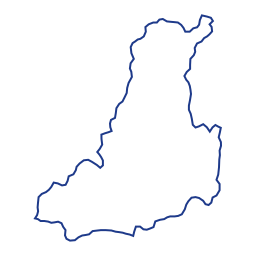 Dom Silvério, Minas Gerais, Brazil
{"feature_id": "56859067B43340770638367", "entity_name": "Dom Silvério", "entity_type": "district", "adm_level": 2, "iso_a3": "BRA", "parent_name": "Brazil", "parent_adm1": "Minas Gerais", "projection": "equal_earth", "projection_center": [-42.948, -20.12], "detail": "fine", "context": "isolated", "style": "outline", "palette": "blue", "viewbox_px": 256, "rotation_deg": 0, "n_neighbors": 0, "source": "geoboundaries", "source_scale": "gbopen_adm2", "svg_char_len": 2287}
<svg xmlns="http://www.w3.org/2000/svg" viewBox="0 0 256 256"><path d="M35.0,218.4L37.9,219.1L40.6,221.0L44.3,221.0L48.2,221.6L51.3,222.8L54.3,222.4L58.1,221.7L61.5,223.2L63.2,226.9L65.5,230.1L65.0,235.4L66.5,238.8L70.0,240.6L74.9,240.2L78.5,237.3L82.2,235.5L85.6,235.0L89.1,234.3L92.6,231.1L96.7,230.6L101.1,230.1L105.3,230.1L111.4,230.5L115.7,231.7L119.0,232.1L122.7,232.7L125.8,233.7L129.6,234.5L133.2,235.9L134.2,231.7L135.9,226.6L140.1,226.6L143.4,229.3L146.8,229.7L149.6,228.7L153.5,227.1L155.3,221.4L160.0,219.8L164.2,219.1L167.2,217.3L170.2,216.4L174.7,216.4L178.2,215.9L181.8,214.3L184.8,209.3L186.3,204.6L188.3,201.3L191.5,197.7L195.5,197.1L199.1,198.0L203.2,200.8L205.5,204.2L208.6,205.0L211.3,202.6L212.6,197.5L216.5,195.5L219.6,190.2L219.6,184.0L216.5,179.8L218.2,174.7L219.0,167.4L219.3,159.4L219.9,155.1L219.6,150.6L221.0,145.8L220.9,142.1L218.7,137.3L219.9,132.3L220.8,127.8L218.2,126.6L215.4,125.0L212.5,127.4L209.8,131.6L206.8,127.2L203.2,124.2L198.9,126.4L195.5,127.5L192.8,124.8L191.8,118.7L190.7,113.8L188.9,109.8L188.9,105.6L190.0,100.1L191.0,94.0L190.5,90.0L189.8,86.0L188.4,82.3L186.2,79.7L184.4,76.0L186.8,71.9L190.1,68.9L190.1,64.8L190.4,58.9L193.8,55.2L195.2,51.8L194.7,48.0L197.0,43.5L201.5,41.5L204.1,38.1L207.1,36.4L209.4,34.4L212.1,31.4L211.6,26.9L209.6,24.3L212.9,21.0L210.9,17.8L207.1,16.6L201.9,15.4L199.9,20.0L199.1,24.7L197.1,27.3L193.3,28.3L189.7,31.7L185.3,31.7L183.5,27.9L181.2,24.9L177.9,22.5L174.1,22.1L170.7,21.8L166.9,21.4L162.8,19.0L159.4,19.6L156.9,22.5L153.3,22.5L148.7,24.3L145.4,27.1L145.8,31.7L143.8,36.4L140.4,38.8L137.7,39.5L135.1,41.5L132.6,43.1L130.7,47.1L131.4,53.2L133.8,58.9L130.6,63.3L129.9,68.5L131.3,71.8L131.9,76.9L128.6,82.9L127.2,87.9L126.7,93.0L124.8,96.9L122.5,101.5L119.2,103.9L116.4,108.2L115.8,113.2L115.0,117.9L111.0,119.9L110.0,123.5L110.3,127.2L111.6,131.0L108.5,132.2L105.2,133.2L101.4,134.6L101.5,139.1L102.2,144.6L99.8,148.8L97.3,152.0L99.4,154.5L101.2,157.2L102.9,160.5L102.9,165.4L100.2,167.8L96.9,165.0L91.9,161.8L88.2,159.8L83.8,160.3L79.6,163.5L76.6,166.8L75.8,170.2L73.4,174.3L68.7,176.3L67.6,180.9L65.6,184.8L62.0,185.4L57.8,183.4L53.7,182.6L51.3,186.9L48.9,189.8L46.0,192.1L41.8,193.9L38.6,197.1L38.0,202.8L37.6,207.4L38.1,211.3L37.1,215.1L35.0,218.4Z" fill="none" stroke="#1e3a8a" stroke-width="2"/></svg>